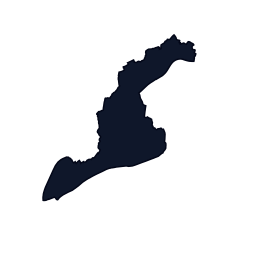 outline of Ibadan North East, Oyo, Nigeria, rotated 211°
{"feature_id": "59680162B74859155842016", "entity_name": "Ibadan North East", "entity_type": "district", "adm_level": 2, "iso_a3": "NGA", "parent_name": "Nigeria", "parent_adm1": "Oyo", "projection": "equal_earth", "projection_center": [3.928, 7.378], "detail": "fine", "context": "isolated", "style": "filled", "palette": "ink", "viewbox_px": 256, "rotation_deg": 211, "n_neighbors": 0, "source": "geoboundaries", "source_scale": "gbopen_adm2", "svg_char_len": 5906}
<svg xmlns="http://www.w3.org/2000/svg" viewBox="0 0 256 256"><g transform="rotate(211 128 128)"><path d="M163.5,22.3L163.1,22.5L162.8,22.5L161.1,23.8L160.0,25.4L159.7,26.1L159.3,26.0L159.2,26.0L155.5,30.8L154.6,30.8L153.3,30.4L152.7,30.0L152.1,30.0L151.6,30.1L151.3,30.4L151.0,32.9L150.3,34.9L149.2,37.4L146.3,42.2L143.8,45.8L143.5,46.4L140.8,52.8L139.1,58.0L138.6,59.1L137.2,62.1L136.0,64.4L135.2,65.6L134.7,66.6L133.2,69.2L131.2,72.4L127.5,77.9L125.3,81.4L123.2,84.0L122.3,84.7L121.6,85.5L121.2,85.7L119.6,87.0L117.9,88.6L110.0,94.6L107.7,95.5L104.7,97.8L102.7,100.1L98.2,105.8L95.8,108.7L92.3,113.2L90.3,115.7L90.3,115.8L87.5,119.4L86.0,123.6L85.7,124.1L85.3,124.6L85.4,125.0L85.5,126.2L85.2,128.0L85.2,128.8L85.2,129.9L85.4,130.4L86.0,131.4L86.4,132.3L87.2,133.6L87.7,134.3L88.0,134.5L88.4,134.6L89.1,134.4L90.2,136.2L90.6,137.2L93.1,141.8L93.7,142.5L94.1,143.0L97.0,145.2L97.5,144.7L98.5,144.4L99.1,144.9L99.7,144.8L100.5,143.8L102.0,142.7L102.0,142.1L102.7,141.3L104.1,141.2L104.7,141.7L105.6,141.6L106.1,141.1L106.9,141.3L107.2,142.0L107.7,142.4L108.2,142.3L109.0,143.1L109.4,144.2L110.0,145.4L111.0,146.1L112.3,147.6L114.1,147.6L115.6,147.3L117.0,147.5L117.8,146.1L119.5,145.8L120.1,146.8L121.6,150.0L123.5,154.4L124.2,156.2L125.7,155.9L126.9,155.8L127.4,156.0L129.3,157.8L132.5,159.7L133.6,160.7L134.1,161.4L134.8,162.1L135.5,162.7L136.8,163.5L135.9,166.2L134.3,172.0L133.3,175.4L131.9,178.7L130.9,180.6L129.6,183.4L129.5,184.0L129.0,184.1L125.6,190.4L125.1,191.8L124.4,194.5L124.2,196.1L124.1,198.2L124.1,203.6L123.9,205.8L123.6,207.5L123.1,208.9L122.4,210.4L121.5,211.7L120.3,213.0L118.7,214.2L116.9,215.0L114.5,215.5L111.9,216.2L110.1,216.8L107.7,218.0L105.9,219.1L106.0,219.6L106.4,220.3L106.8,221.4L107.2,222.3L107.6,222.7L107.8,223.1L107.8,223.4L107.8,223.6L107.5,224.4L107.5,224.6L107.7,225.0L107.8,225.6L108.1,226.5L109.3,226.5L109.7,226.5L109.9,226.5L110.3,228.4L110.3,228.7L110.7,229.3L110.8,229.4L111.4,229.3L112.3,228.9L113.0,228.5L113.3,228.5L113.7,229.2L114.1,229.7L114.8,230.1L115.0,230.6L115.0,231.3L114.8,232.3L114.7,232.6L114.5,232.8L114.4,233.1L115.1,233.5L115.8,233.7L117.3,233.5L119.1,233.6L119.7,233.5L120.7,233.1L120.8,233.0L121.0,232.2L121.1,230.9L121.0,229.9L122.5,229.5L123.2,229.6L123.6,229.6L124.0,229.5L124.3,229.3L124.2,228.9L124.4,228.7L125.0,228.4L125.2,228.2L125.9,227.2L126.3,226.9L126.5,226.8L126.6,227.0L127.0,227.9L127.1,228.1L128.0,227.6L128.3,227.9L128.6,229.4L128.8,229.6L129.0,229.6L129.6,229.4L130.9,228.9L131.3,228.9L131.6,228.9L132.0,229.0L132.7,229.4L133.2,230.0L134.0,230.5L135.5,231.2L136.5,231.5L136.9,230.4L137.2,229.2L137.4,228.0L137.7,225.5L137.9,225.5L138.1,225.1L138.3,224.9L139.0,224.7L139.9,224.3L139.9,223.0L140.0,222.6L140.2,222.3L140.5,221.8L140.7,221.7L140.8,221.3L140.8,220.6L140.6,220.2L140.6,219.9L142.4,216.3L142.0,215.4L140.6,213.0L140.6,212.9L141.6,211.7L142.5,213.1L143.2,212.4L143.7,213.2L143.9,213.1L144.8,211.9L145.8,210.9L146.8,209.2L147.2,209.2L147.7,208.9L147.8,208.7L148.4,207.9L150.9,206.2L151.5,205.2L152.2,203.6L152.3,203.1L151.6,201.6L151.3,201.3L150.9,201.1L150.7,200.8L150.6,200.3L150.2,199.8L150.1,199.5L150.3,198.9L150.3,198.6L149.9,198.0L149.8,197.9L149.7,197.6L149.6,197.2L149.8,196.6L149.8,196.4L149.4,195.3L149.5,194.4L149.7,194.1L150.1,193.5L150.7,192.8L151.0,192.4L151.0,192.0L151.1,191.7L151.4,191.2L151.7,191.0L152.4,190.9L152.9,190.6L153.3,190.6L153.7,190.2L154.6,188.4L155.6,188.1L156.2,187.7L156.4,187.6L157.0,188.3L157.5,188.6L158.2,189.2L158.3,189.2L159.6,187.1L160.5,185.8L161.8,183.8L161.9,183.7L160.5,182.9L160.6,182.5L161.3,181.0L161.6,180.4L162.3,179.3L162.9,178.6L163.5,178.0L163.0,177.3L162.8,177.4L162.6,177.4L161.0,175.7L161.5,174.6L162.3,173.5L163.1,172.5L164.4,171.3L164.1,170.4L163.2,168.1L162.7,168.3L162.3,166.4L161.7,165.3L161.4,164.8L160.7,164.1L157.7,160.2L157.4,160.0L156.8,159.8L156.8,159.5L156.9,158.7L157.3,157.8L157.3,157.2L157.2,156.1L157.1,155.5L157.3,154.2L157.5,153.5L157.5,152.6L157.6,152.3L158.4,151.0L158.7,149.8L159.1,148.7L158.9,148.1L158.7,147.8L158.6,147.6L158.7,147.2L158.9,146.5L159.0,145.5L158.7,144.7L158.8,144.3L159.5,144.1L160.2,143.6L161.3,143.1L161.6,142.5L161.8,142.2L162.7,142.0L162.8,141.8L162.7,141.0L162.1,139.7L161.7,138.1L160.8,135.9L160.4,135.1L159.6,132.9L159.0,131.6L158.6,131.1L158.5,130.9L158.6,130.5L158.8,130.0L159.2,129.7L159.6,129.2L160.4,127.8L160.8,127.5L161.6,126.9L161.9,125.3L161.9,125.1L161.9,124.9L162.1,124.5L162.1,124.3L162.1,124.2L161.9,123.9L161.8,123.7L161.7,123.7L161.4,123.8L161.2,124.0L160.8,124.1L160.6,124.0L160.6,123.9L160.6,123.2L160.0,122.2L159.8,122.0L159.3,122.0L159.0,121.6L158.5,120.7L158.0,119.9L157.6,119.5L156.8,119.1L156.6,118.9L156.4,118.3L155.8,117.3L155.3,116.7L154.4,116.0L154.2,115.7L153.9,115.2L153.2,114.2L152.9,113.9L152.5,112.8L152.7,111.1L152.7,110.6L152.5,109.6L152.4,109.2L152.2,108.9L151.9,108.7L151.6,108.4L151.2,108.5L150.8,108.4L150.5,108.2L150.1,107.9L149.8,107.6L149.5,107.5L149.2,107.2L148.5,106.9L147.6,106.8L147.2,106.6L146.8,106.1L146.7,105.7L146.7,105.2L146.8,104.7L146.8,104.3L146.8,103.7L146.7,103.5L146.3,102.8L145.6,102.7L145.0,102.3L145.4,99.8L144.8,99.3L144.4,97.7L143.6,96.0L143.1,95.6L142.7,95.3L142.4,95.3L142.1,95.2L141.6,95.2L140.5,94.9L140.3,92.3L140.3,90.9L141.0,91.1L141.2,89.9L141.5,86.2L141.7,85.3L141.8,84.9L141.9,84.7L142.3,84.6L143.0,84.1L143.1,83.7L143.2,82.2L143.7,82.1L144.0,81.9L145.5,80.8L146.5,79.1L146.5,78.9L146.3,78.5L146.7,77.2L148.0,76.1L148.4,75.7L148.8,76.2L149.7,74.7L149.9,74.2L150.2,73.4L151.0,74.1L153.0,75.1L153.3,74.4L153.6,73.7L154.2,71.0L155.0,71.3L155.9,71.9L156.6,70.1L157.1,70.2L158.8,70.9L159.4,71.6L160.5,71.6L161.3,72.2L161.6,72.3L162.2,72.1L162.5,72.0L162.8,72.0L163.9,72.3L164.2,72.2L164.8,71.8L165.4,71.6L165.8,71.3L167.0,69.6L167.9,68.4L169.1,66.4L170.4,62.8L170.8,58.4L170.4,53.6L168.2,34.7L167.7,32.2L167.0,29.4L166.5,27.8L165.9,26.6L165.5,25.5L165.2,25.1L165.0,24.5L163.5,22.3Z" fill="#0f172a" stroke="#020617" stroke-width="1.5"/></g></svg>